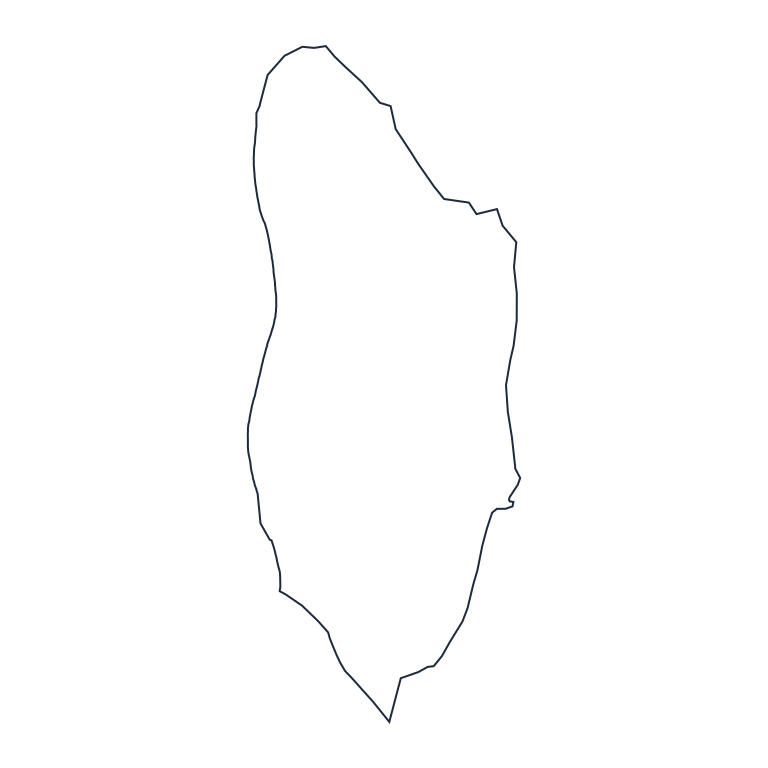 the district of Al Madan, Amran, Yemen
{"feature_id": "15242507B28898961635251", "entity_name": "Al Madan", "entity_type": "district", "adm_level": 2, "iso_a3": "YEM", "parent_name": "Yemen", "parent_adm1": "Amran", "projection": "equal_earth", "projection_center": [43.615, 16.232], "detail": "fine", "context": "isolated", "style": "outline", "palette": "slate", "viewbox_px": 768, "rotation_deg": 0, "n_neighbors": 0, "source": "geoboundaries", "source_scale": "gbopen_adm2", "svg_char_len": 2927}
<svg xmlns="http://www.w3.org/2000/svg" viewBox="0 0 768 768"><path d="M279.7,591.2L281.7,592.3L284.0,593.5L285.8,594.5L302.1,605.7L318.2,621.2L328.2,632.5L329.8,638.4L333.3,647.1L336.8,655.5L340.2,662.7L345.0,670.9L351.6,677.8L355.6,682.2L362.4,689.9L373.1,701.8L389.3,721.9L400.8,678.2L418.5,672.0L427.6,666.9L433.7,666.2L441.9,656.1L449.8,642.1L462.5,621.4L467.6,608.0L473.3,584.3L477.4,570.4L482.3,545.7L487.0,528.2L492.1,512.7L496.9,508.8L505.4,508.8L512.5,506.4L513.4,501.9L509.8,501.4L509.0,499.9L509.5,497.4L517.8,484.7L520.2,478.0L515.2,468.5L515.2,467.1L511.9,437.2L507.8,411.6L506.0,385.1L510.4,359.5L513.6,345.8L516.7,320.5L516.8,293.4L514.0,267.1L516.3,242.2L502.6,225.7L497.0,209.1L476.5,214.1L468.9,202.6L444.1,199.0L434.0,186.5L418.0,163.5L411.1,152.5L396.2,129.9L395.7,129.1L390.6,106.1L379.9,102.8L361.9,82.1L345.6,67.2L334.6,56.6L325.8,46.1L314.1,47.9L302.3,46.8L284.5,55.8L267.6,75.0L260.0,103.9L259.7,105.8L256.4,113.1L256.4,115.9L256.4,118.1L256.4,120.8L256.4,123.6L256.5,125.9L256.2,128.5L255.9,131.0L255.6,133.8L255.3,137.1L255.1,140.8L254.8,144.1L254.3,147.1L254.0,150.6L253.9,154.7L253.7,157.6L253.8,160.4L253.8,163.2L253.8,165.7L254.1,168.1L254.2,171.0L254.5,173.6L254.6,176.3L254.9,179.3L255.2,182.4L255.5,185.0L256.2,188.7L256.4,190.9L256.8,193.2L257.4,197.4L258.0,199.9L258.5,202.9L259.2,206.0L259.6,209.0L260.3,211.7L261.1,213.7L261.7,215.9L262.8,218.8L263.5,220.8L264.7,223.0L265.4,225.1L265.9,227.3L266.6,229.3L267.1,231.6L268.0,235.2L268.5,238.1L269.3,242.3L269.8,244.8L270.2,247.4L270.5,249.7L271.0,252.3L271.6,254.7L271.8,258.2L272.5,260.8L272.8,264.1L273.1,266.7L273.5,269.0L273.5,271.4L273.8,274.1L274.2,276.7L274.6,279.8L275.0,282.4L275.0,285.3L275.3,287.5L275.4,290.4L275.9,293.2L276.2,296.3L276.2,300.8L276.3,306.3L276.0,308.9L276.0,311.4L275.5,314.7L275.4,316.9L274.6,319.5L273.9,323.6L273.1,326.7L272.4,328.7L271.4,332.0L270.8,334.3L269.6,337.4L269.0,339.4L268.2,341.4L267.4,343.7L267.0,346.2L266.1,348.6L265.5,351.1L264.8,353.7L264.1,356.4L263.3,358.9L262.6,362.4L261.9,364.8L261.5,367.0L260.7,370.5L260.0,373.8L259.4,376.3L258.6,378.7L258.1,381.6L257.5,384.2L256.8,387.2L255.8,391.0L255.0,395.5L253.9,398.6L253.2,401.0L252.5,403.9L251.9,406.1L251.4,409.0L250.7,412.1L250.2,415.0L249.6,418.0L249.3,421.0L248.5,423.7L248.2,426.0L247.9,428.8L248.0,431.1L247.8,433.7L247.8,436.4L247.9,439.0L247.9,441.9L247.9,444.5L247.9,447.4L248.1,449.7L248.3,452.1L248.7,454.7L249.3,457.2L249.8,459.8L250.3,462.2L250.6,465.1L250.9,467.6L251.4,470.6L251.9,473.0L252.6,475.5L252.9,478.1L253.5,480.1L254.2,482.4L254.8,485.0L255.5,487.1L256.3,489.1L256.8,491.3L257.6,493.5L260.5,523.4L269.8,539.8L271.5,540.3L272.3,542.9L273.1,545.1L274.0,548.1L274.8,551.0L275.6,554.5L276.3,556.9L277.0,560.8L277.4,562.3L277.7,563.8L278.7,567.9L279.5,570.5L279.9,572.8L280.1,575.0L280.2,577.5L280.2,580.3L280.3,582.8L280.3,585.2L280.3,587.5L279.8,589.9L279.7,591.2Z" fill="none" stroke="#1e293b" stroke-width="2"/></svg>